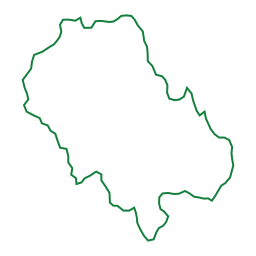 Divinésia, Minas Gerais, Brazil
{"feature_id": "56859067B81533009711708", "entity_name": "Divinésia", "entity_type": "district", "adm_level": 2, "iso_a3": "BRA", "parent_name": "Brazil", "parent_adm1": "Minas Gerais", "projection": "natural_earth1", "projection_center": [-42.994, -20.992], "detail": "fine", "context": "isolated", "style": "outline", "palette": "green", "viewbox_px": 256, "rotation_deg": 0, "n_neighbors": 0, "source": "geoboundaries", "source_scale": "gbopen_adm2", "svg_char_len": 1583}
<svg xmlns="http://www.w3.org/2000/svg" viewBox="0 0 256 256"><path d="M204.5,111.6L199.7,115.4L196.6,110.6L194.7,105.1L193.0,100.1L191.6,93.6L187.0,87.9L183.9,96.6L179.3,99.6L174.6,100.1L169.4,98.7L167.1,92.9L167.4,85.3L165.1,79.6L161.9,76.2L156.0,74.7L152.5,66.2L147.8,61.1L147.6,52.7L147.0,46.8L144.2,40.8L142.8,31.5L137.9,25.5L134.4,19.3L131.3,15.9L126.1,15.4L121.3,15.9L117.4,19.1L113.6,21.5L109.2,22.0L101.4,20.9L95.5,21.2L91.4,27.7L84.3,27.9L81.7,23.1L80.4,17.7L75.3,20.7L69.4,19.7L63.0,19.7L60.0,24.7L61.3,31.7L59.7,36.9L57.1,40.6L53.9,44.4L49.0,47.3L42.6,51.6L34.1,54.9L32.0,61.8L31.1,68.6L27.0,74.2L22.7,79.9L24.7,87.9L27.0,93.6L28.3,99.3L24.0,105.1L26.6,111.6L33.1,115.1L39.7,118.1L41.9,123.3L47.7,125.4L50.6,130.8L55.3,133.7L57.4,140.2L60.1,147.7L66.5,148.9L68.3,156.1L68.3,162.5L72.3,168.2L71.2,174.7L75.9,178.1L76.5,184.0L81.6,182.4L84.6,178.3L89.5,176.0L96.2,171.6L101.4,174.4L101.4,180.5L105.4,186.2L109.5,192.9L109.9,202.6L113.3,205.6L117.6,205.9L123.4,210.6L129.2,210.6L134.2,207.7L135.8,212.6L136.9,217.8L137.3,222.8L140.1,229.0L144.1,236.0L148.1,240.6L153.7,239.3L156.2,232.6L158.7,228.2L163.2,225.7L166.1,222.1L168.2,216.4L164.2,211.6L160.5,209.1L159.1,203.5L159.3,197.3L162.5,193.5L168.0,192.9L173.7,194.0L178.7,193.8L185.0,191.0L189.7,193.5L194.0,196.7L199.1,197.5L203.8,198.6L208.1,198.4L211.9,200.7L214.9,196.4L217.9,191.3L221.2,185.7L225.4,183.0L230.1,177.4L233.3,165.4L232.1,158.8L231.5,153.4L232.1,146.9L229.2,140.0L224.2,137.5L219.0,137.5L214.4,134.0L210.6,128.9L208.2,123.5L206.0,118.7L204.5,111.6Z" fill="none" stroke="#15803d" stroke-width="2"/></svg>